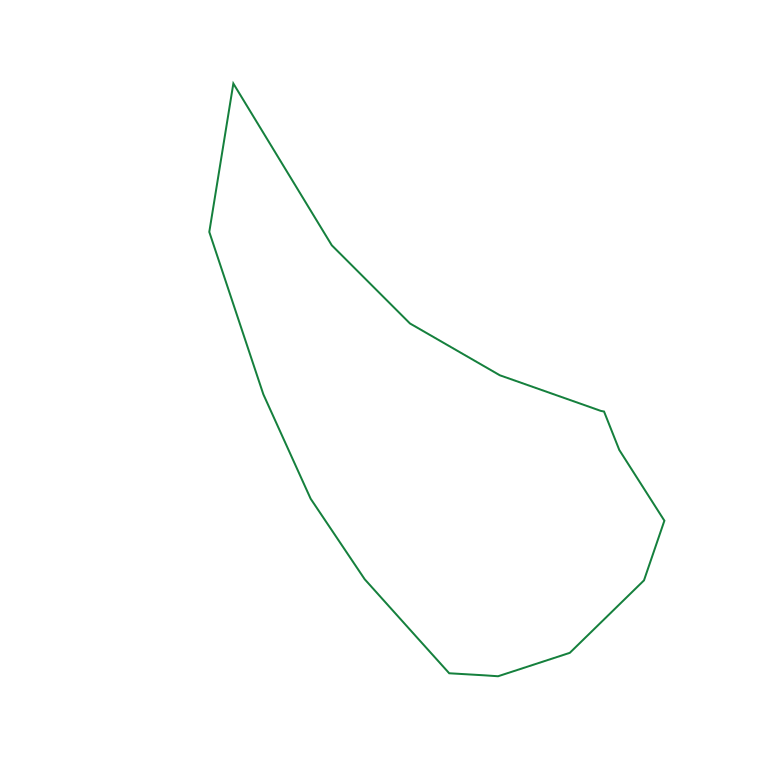 map outline of Bournemouth (Albers equal-area conic projection), rotated 228°
{"feature_id": "GBR-2050", "entity_name": "Bournemouth", "entity_type": "Unitary Authority", "adm_level": 1, "iso_a3": "GBR", "parent_name": "United Kingdom", "parent_adm1": "", "projection": "albers", "projection_center": [-1.88, 50.735], "detail": "fine", "context": "isolated", "style": "outline", "palette": "green", "viewbox_px": 768, "rotation_deg": 228, "n_neighbors": 0, "source": "natural_earth", "source_scale": "10m", "svg_char_len": 390}
<svg xmlns="http://www.w3.org/2000/svg" viewBox="0 0 768 768"><g transform="rotate(228 384 384)"><path d="M708.1,473.1L522.0,438.0L411.6,443.8L313.0,475.9L219.0,527.1L216.3,529.1L177.5,514.7L94.8,500.9L64.1,445.8L59.9,342.2L90.5,273.2L100.1,263.9L125.4,238.9L173.4,238.9L251.8,239.0L347.8,252.7L457.0,287.4L613.9,355.9L708.1,473.1Z" fill="none" stroke="#15803d" stroke-width="2"/></g></svg>